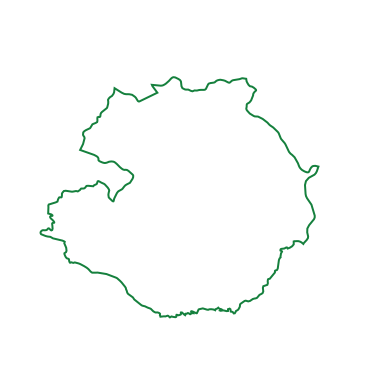 map outline of Guárico (Equal Earth projection), rotated 298°
{"feature_id": "VEN-45", "entity_name": "Guárico", "entity_type": "State", "adm_level": 1, "iso_a3": "VEN", "parent_name": "Venezuela", "parent_adm1": "", "projection": "equal_earth", "projection_center": [-66.651, 8.828], "detail": "fine", "context": "isolated", "style": "outline", "palette": "green", "viewbox_px": 384, "rotation_deg": 298, "n_neighbors": 0, "source": "natural_earth", "source_scale": "10m", "svg_char_len": 5910}
<svg xmlns="http://www.w3.org/2000/svg" viewBox="0 0 384 384"><g transform="rotate(298 192 192)"><path d="M247.3,74.9L246.7,83.2L246.8,86.0L247.3,87.6L248.9,90.8L249.7,93.5L249.3,96.8L248.9,98.1L247.2,101.0L246.9,101.7L246.9,102.3L247.0,102.7L247.5,103.2L263.4,114.8L266.9,107.4L267.8,106.3L271.2,114.5L272.0,115.7L272.6,116.3L274.0,117.3L275.5,118.1L279.3,119.5L282.1,120.2L283.4,120.7L284.3,121.3L284.8,122.0L285.3,123.5L285.4,127.1L285.2,128.8L284.8,129.7L284.2,130.5L280.4,133.1L279.2,134.8L279.2,137.3L279.5,138.4L280.6,140.5L280.7,141.0L280.8,143.8L281.2,145.2L282.9,146.6L283.4,147.8L284.1,149.0L285.3,150.3L286.3,151.8L287.7,154.5L288.4,155.4L289.6,155.9L294.6,155.7L295.5,155.9L296.8,157.1L298.9,160.0L299.6,160.6L301.7,161.4L302.9,162.4L304.0,163.7L304.5,164.5L305.4,167.4L305.7,168.9L305.7,171.9L305.8,173.0L306.0,173.6L306.4,174.0L309.0,175.0L310.0,175.8L313.9,180.9L315.9,182.8L316.3,183.6L317.4,186.7L315.3,188.3L314.1,190.0L313.1,191.7L312.6,193.4L313.2,195.5L313.1,197.6L312.6,199.8L312.2,200.6L311.7,200.9L309.6,200.2L308.1,200.0L307.1,200.1L306.0,200.6L300.6,201.2L298.1,200.7L295.7,199.3L295.1,199.3L294.6,199.4L293.0,200.2L291.1,200.8L290.3,201.5L289.7,202.6L288.4,206.2L288.1,210.7L288.2,211.9L289.4,214.5L289.6,215.1L289.7,220.1L288.7,226.0L287.8,228.5L287.5,229.7L287.1,233.4L285.3,239.6L284.6,241.0L281.2,245.0L280.6,245.9L278.7,250.8L277.9,252.2L273.0,258.8L272.1,261.0L271.8,262.9L270.8,266.3L267.1,272.1L265.3,274.1L264.2,275.6L263.5,277.3L263.1,278.9L263.0,281.5L263.1,282.8L263.4,284.4L263.9,285.3L264.6,285.7L265.1,285.8L267.5,285.6L269.5,285.7L271.3,286.3L272.2,287.3L273.0,288.6L273.8,291.7L268.9,292.5L266.8,292.5L264.8,292.0L259.4,288.5L255.1,287.5L251.2,288.5L243.6,293.2L241.9,294.6L240.5,296.5L236.9,303.4L228.7,311.5L227.1,312.3L225.3,312.5L217.7,311.0L213.9,311.0L210.4,312.7L207.3,315.4L205.7,316.0L203.5,315.8L199.4,314.7L198.4,314.7L198.9,312.4L198.9,310.6L198.5,308.9L196.7,305.6L196.1,305.0L193.5,306.4L191.1,305.9L188.7,304.5L187.0,303.0L187.6,301.8L187.2,301.2L185.5,300.1L183.8,297.7L183.2,297.2L182.2,297.3L181.8,297.7L181.9,298.9L181.8,299.4L181.3,299.5L179.6,299.4L176.4,300.5L175.9,300.9L174.5,300.5L172.7,300.7L164.8,303.6L163.2,303.7L162.7,303.4L161.9,302.5L161.3,302.3L159.8,303.0L151.9,301.4L151.0,300.3L150.5,300.1L148.8,300.7L147.1,301.8L145.4,302.1L142.3,299.2L140.6,299.6L137.7,301.6L135.8,301.8L134.4,301.0L132.9,299.9L129.1,299.1L128.0,298.2L127.2,297.1L126.0,295.9L123.1,294.4L121.8,293.0L121.3,290.5L120.5,289.6L116.0,287.3L115.1,287.3L113.1,288.1L110.4,288.1L109.5,287.9L107.5,286.7L105.8,286.8L105.0,286.7L104.4,285.9L105.2,284.1L104.6,282.4L106.5,281.0L106.7,280.0L105.4,278.8L103.9,279.7L103.1,278.6L102.2,275.2L100.6,273.1L100.5,272.4L102.2,273.0L102.2,272.4L101.8,271.2L101.9,270.4L102.2,269.5L101.1,269.1L99.5,267.8L98.5,268.0L98.3,266.0L97.5,263.9L96.5,262.3L95.6,261.6L95.2,260.6L94.3,256.2L91.9,253.4L91.4,253.0L87.3,253.2L87.0,252.8L86.8,249.0L86.7,248.1L86.4,247.4L85.8,247.4L85.8,248.0L85.3,249.5L84.7,248.3L83.5,248.1L83.2,247.7L83.3,245.9L83.2,245.2L82.3,244.7L81.8,244.1L81.8,243.8L81.4,243.6L81.2,243.3L81.0,243.2L80.5,243.8L80.0,243.8L80.2,242.3L80.9,239.8L80.5,238.8L80.1,238.8L79.0,239.6L78.4,239.5L76.9,238.1L76.5,236.4L76.3,236.0L75.8,236.0L74.8,236.7L74.2,236.6L73.6,236.0L72.8,233.7L72.5,232.3L72.1,232.0L71.3,231.7L70.9,231.3L71.5,229.2L71.3,228.5L69.7,227.0L69.0,225.5L66.6,222.0L67.5,222.6L68.1,221.5L69.4,221.0L69.7,220.2L69.7,219.6L69.6,218.6L69.3,217.7L68.6,216.7L68.4,215.6L68.5,213.8L69.5,210.5L69.5,209.9L69.1,207.1L69.0,204.2L68.3,201.4L68.4,200.0L70.0,191.5L71.2,189.3L72.0,183.6L72.3,182.8L72.9,181.9L74.1,180.8L75.2,179.4L76.2,178.6L76.9,177.4L79.1,172.3L79.8,170.1L80.7,166.4L80.7,165.1L79.4,155.0L76.6,146.7L73.9,141.7L74.1,140.0L75.3,136.7L75.7,134.6L75.9,131.6L75.9,127.2L75.7,125.4L74.8,121.6L73.7,120.5L73.2,118.3L72.3,117.6L72.4,117.2L72.9,116.4L74.8,114.9L75.0,114.4L74.7,112.7L74.9,112.0L75.2,111.2L76.1,109.9L77.3,108.5L78.0,108.1L79.8,109.0L81.2,108.8L83.7,107.1L86.8,103.3L88.3,103.0L88.4,102.0L88.2,100.2L85.8,91.0L85.9,88.0L84.9,85.4L84.4,83.4L83.9,78.6L84.4,77.8L85.1,77.3L86.1,77.1L87.7,77.7L88.3,78.3L89.1,80.0L89.9,81.2L90.6,81.7L92.0,82.0L92.4,82.2L92.6,82.5L92.7,82.9L92.0,85.4L92.1,85.9L92.8,86.4L94.2,86.1L96.6,84.6L98.3,83.4L99.1,83.4L100.2,84.7L100.6,84.6L101.1,83.9L101.8,82.1L102.4,79.7L103.0,78.7L103.7,78.3L104.2,78.4L104.6,78.6L105.3,79.8L105.6,79.9L105.9,79.7L106.2,78.5L105.5,75.1L111.1,72.4L112.6,71.5L113.7,71.4L118.9,76.6L120.4,77.7L122.6,77.2L124.7,77.2L125.0,77.4L126.0,79.2L126.4,79.3L128.3,78.6L129.3,78.0L130.4,77.9L132.7,78.4L133.8,79.9L135.8,85.6L136.3,86.5L138.3,89.0L138.5,89.4L138.9,90.9L141.1,92.1L142.8,92.4L143.2,92.8L143.9,94.2L144.7,95.2L145.6,95.6L147.8,96.0L148.7,97.3L150.7,102.1L152.0,102.4L154.1,104.0L154.6,104.1L157.1,103.7L157.6,104.1L157.8,105.3L157.7,107.5L157.9,110.5L157.8,111.1L157.7,111.7L156.3,115.6L155.4,117.2L154.5,118.2L151.8,118.9L150.2,119.5L148.2,121.0L147.8,121.9L146.6,126.2L146.9,127.0L147.4,127.0L149.7,126.4L155.8,126.2L157.6,126.5L158.3,126.8L161.4,128.8L162.1,129.1L165.1,129.6L166.6,130.0L168.0,130.8L171.0,132.9L175.8,133.3L177.4,133.1L178.7,132.5L179.1,132.2L179.5,131.4L180.8,126.1L180.9,125.0L180.9,124.1L180.4,122.9L179.8,121.9L179.5,120.6L179.6,119.1L180.1,116.7L181.4,112.6L181.9,110.4L182.0,109.2L181.8,108.1L181.1,106.4L179.8,104.6L177.8,102.9L176.7,101.5L176.3,100.4L176.0,99.0L175.8,96.8L175.8,95.5L176.2,94.5L177.6,93.7L178.2,93.0L178.6,92.1L178.8,90.9L178.8,88.2L176.6,73.5L183.2,73.3L189.1,71.9L190.0,71.1L190.9,69.4L191.4,68.9L193.6,68.0L195.2,68.4L196.8,69.3L200.3,71.9L200.9,72.1L205.0,72.3L205.8,72.9L207.7,74.5L209.2,75.4L210.4,75.1L212.7,73.8L213.6,73.5L214.5,74.3L214.8,75.2L215.3,75.5L215.8,75.5L217.9,74.7L219.1,74.6L220.3,74.9L226.1,77.4L227.0,77.4L230.7,76.5L232.5,75.6L233.9,74.6L235.5,74.6L237.2,75.1L239.4,76.3L241.9,76.6L243.5,76.4L247.3,74.9Z" fill="none" stroke="#15803d" stroke-width="2"/></g></svg>